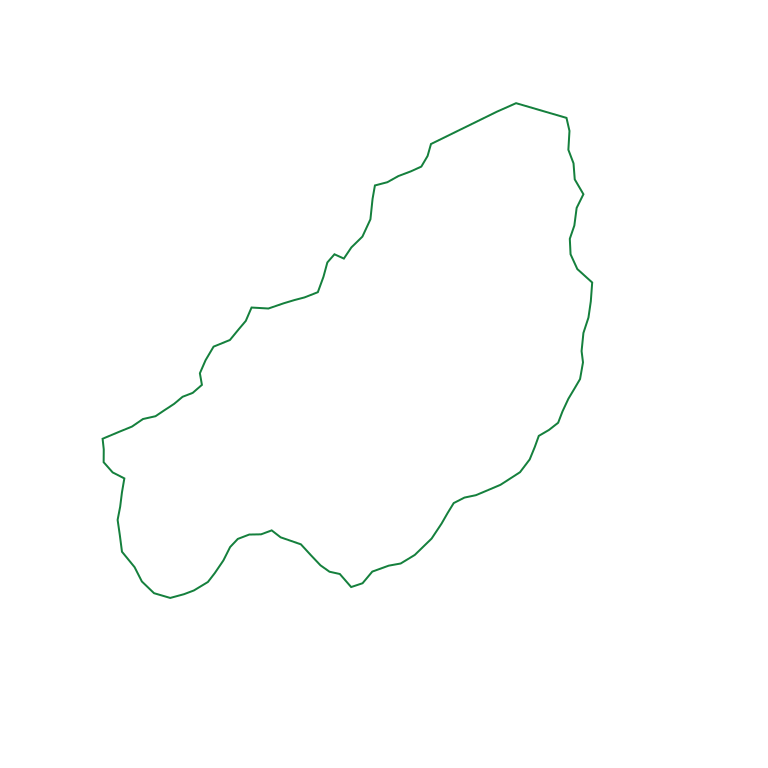 Alagoa Nova, Paraíba, Brazil, rotated 319°
{"feature_id": "56859067B38668562827759", "entity_name": "Alagoa Nova", "entity_type": "district", "adm_level": 2, "iso_a3": "BRA", "parent_name": "Brazil", "parent_adm1": "Paraíba", "projection": "albers", "projection_center": [-35.775, -7.065], "detail": "fine", "context": "isolated", "style": "outline", "palette": "green", "viewbox_px": 768, "rotation_deg": 319, "n_neighbors": 0, "source": "geoboundaries", "source_scale": "gbopen_adm2", "svg_char_len": 1478}
<svg xmlns="http://www.w3.org/2000/svg" viewBox="0 0 768 768"><g transform="rotate(319 384 384)"><path d="M667.9,258.7L647.7,252.5L576.9,233.7L566.5,240.5L554.8,244.4L543.7,241.1L531.3,236.5L518.9,233.9L507.4,228.2L496.8,236.8L481.8,250.8L464.4,258.6L449.0,259.5L436.0,263.0L431.7,253.6L421.0,255.1L408.6,263.4L394.3,271.3L380.8,266.5L371.5,261.9L361.3,257.3L346.3,251.2L334.2,239.4L321.1,245.7L310.7,247.3L296.6,249.7L279.9,244.0L264.9,249.0L252.1,255.1L246.0,265.2L233.8,265.2L223.6,261.5L212.6,261.3L200.8,259.7L190.4,258.4L179.1,252.3L165.9,250.8L152.4,246.2L135.7,240.7L129.6,249.5L121.1,259.1L121.2,272.7L126.1,284.9L115.1,293.9L104.4,303.5L93.8,311.8L85.5,324.7L76.2,338.7L75.6,358.6L71.7,374.2L73.2,391.0L82.3,405.2L95.1,411.4L105.1,415.1L121.2,417.9L132.2,415.7L147.0,411.8L160.9,406.1L172.0,405.0L183.5,409.2L192.6,416.8L203.2,420.8L205.4,431.9L216.1,450.5L216.5,465.2L217.1,479.2L219.7,489.9L226.0,498.4L226.0,515.7L237.1,520.3L252.1,517.9L268.4,524.2L278.8,530.4L295.1,533.2L318.5,531.9L335.9,527.1L347.4,523.1L358.5,519.6L370.2,522.5L380.4,528.2L390.4,531.5L405.8,536.5L428.8,539.8L444.5,536.5L456.6,530.4L466.8,524.7L478.3,526.9L490.0,527.5L500.7,521.8L513.5,516.1L524.8,512.4L535.2,508.9L548.4,498.2L554.7,488.8L568.0,476.3L581.9,468.0L594.3,457.3L607.7,444.0L605.3,424.1L609.9,408.5L619.5,396.3L631.6,389.3L644.9,377.5L659.0,371.6L662.2,354.7L671.8,341.8L676.8,328.2L690.0,314.7L696.3,302.9L667.9,258.7Z" fill="none" stroke="#15803d" stroke-width="2"/></g></svg>